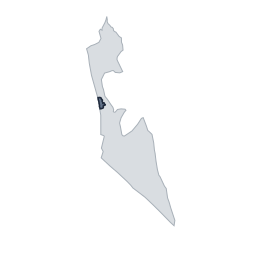 Tel Aviv, Tel Aviv, Israel (highlighted), rotated 331°
{"feature_id": "584046B34315111222202", "entity_name": "Tel Aviv", "entity_type": "district", "adm_level": 2, "iso_a3": "ISR", "parent_name": "Israel", "parent_adm1": "Tel Aviv", "projection": "albers", "projection_center": [34.824, 32.095], "detail": "fine", "context": "in_parent", "style": "filled", "palette": "slate", "viewbox_px": 256, "rotation_deg": 331, "n_neighbors": 0, "source": "geoboundaries", "source_scale": "gbopen_adm2", "svg_char_len": 2736}
<svg xmlns="http://www.w3.org/2000/svg" viewBox="0 0 256 256"><g transform="rotate(331 128 128)"><path d="M163.5,20.2L162.4,23.2L161.4,24.7L161.1,27.1L161.8,29.0L162.2,31.6L163.0,32.3L163.3,34.0L162.6,35.7L163.0,37.1L163.9,38.3L164.6,43.5L165.9,46.0L163.9,49.8L163.5,52.8L161.4,57.5L159.0,57.8L153.4,60.4L152.6,61.2L151.6,62.7L151.4,63.9L150.7,76.1L147.6,75.8L143.8,73.2L143.1,70.8L141.9,70.1L139.2,69.8L134.1,68.6L128.2,72.7L125.7,79.4L125.2,82.5L123.2,89.1L123.9,93.1L124.3,98.3L124.8,102.6L124.3,105.2L123.1,106.5L123.5,107.5L124.5,107.9L127.8,106.7L131.2,107.9L134.5,110.1L134.8,111.5L132.4,112.4L126.9,115.7L123.0,119.6L122.0,123.2L119.4,130.8L119.8,132.4L121.0,133.3L130.1,132.5L138.2,129.4L144.4,126.1L146.3,126.3L145.1,134.7L144.1,139.9L144.5,140.7L145.9,145.2L143.3,153.4L140.4,160.1L139.4,163.3L136.5,170.4L133.6,178.5L132.1,184.2L132.4,186.2L131.7,196.5L132.1,199.4L128.7,208.4L128.0,212.8L126.6,218.8L124.2,231.5L120.9,235.8L119.3,231.0L115.6,217.5L112.9,208.2L109.3,196.7L103.2,182.8L102.7,179.5L101.4,174.6L97.3,161.9L93.9,152.8L90.1,141.1L94.9,136.5L95.0,132.7L103.2,123.8L103.1,122.9L101.0,120.5L101.3,120.1L110.4,103.6L116.2,87.1L121.6,64.3L125.5,52.7L128.7,45.0L130.2,38.6L135.4,38.1L139.3,38.8L144.0,39.0L147.8,36.6L149.5,29.4L151.7,28.2L152.7,29.9L153.8,28.0L158.7,24.8L161.1,22.8L163.5,20.2Z" fill="#d9dde1" stroke="#a8b0b8" stroke-width="1"/><path d="M112.9,97.7L113.0,97.8L113.4,97.9L113.5,97.9L113.6,98.0L113.9,98.1L114.0,98.2L114.3,98.2L114.6,98.1L114.8,98.2L114.9,98.3L115.1,98.4L115.5,98.4L115.9,98.4L116.0,98.4L116.1,98.2L116.3,98.1L116.4,97.9L116.5,97.9L116.6,97.6L116.7,97.4L116.7,97.2L116.9,97.1L117.0,96.9L117.1,96.6L117.4,96.5L117.5,96.4L117.8,96.4L117.9,96.6L118.1,96.7L118.3,96.7L118.4,96.8L118.6,96.9L118.8,96.9L119.0,96.9L119.3,96.7L119.5,96.5L119.5,96.4L119.4,96.2L119.2,96.1L119.1,95.7L119.1,95.3L119.2,95.0L119.1,94.8L119.1,94.6L119.1,94.2L118.8,94.1L118.6,94.1L118.4,94.1L118.2,94.1L118.3,94.0L118.4,93.9L118.5,93.9L118.4,93.8L118.1,93.7L118.2,93.4L118.3,93.1L118.3,92.6L118.3,92.3L118.3,92.1L118.4,91.8L118.6,91.7L118.8,91.5L119.0,91.5L119.1,91.4L119.2,91.1L119.0,90.9L119.0,90.5L118.9,90.3L118.8,90.2L118.7,90.0L118.7,89.9L118.7,89.7L118.8,89.6L119.0,89.5L119.0,89.2L119.0,88.9L119.0,88.7L118.9,88.4L118.7,88.3L118.7,88.2L118.5,87.9L118.4,87.9L118.2,87.8L118.1,87.7L117.9,87.7L117.7,87.4L117.3,87.3L117.3,87.2L117.1,87.2L116.9,87.1L116.5,86.9L116.3,87.2L116.2,87.7L116.0,88.1L115.9,88.5L115.7,88.8L115.6,89.2L115.7,89.6L115.5,90.1L115.4,90.5L115.2,90.9L115.1,91.4L115.0,91.8L114.8,92.1L114.6,92.5L114.6,92.9L114.4,93.5L114.2,94.1L114.1,94.5L113.7,94.9L113.4,95.4L113.3,95.9L113.3,96.4L113.2,96.6L113.1,97.1L113.0,97.6L112.9,97.7Z" fill="#64748b" stroke="#1e293b" stroke-width="1.5"/></g></svg>